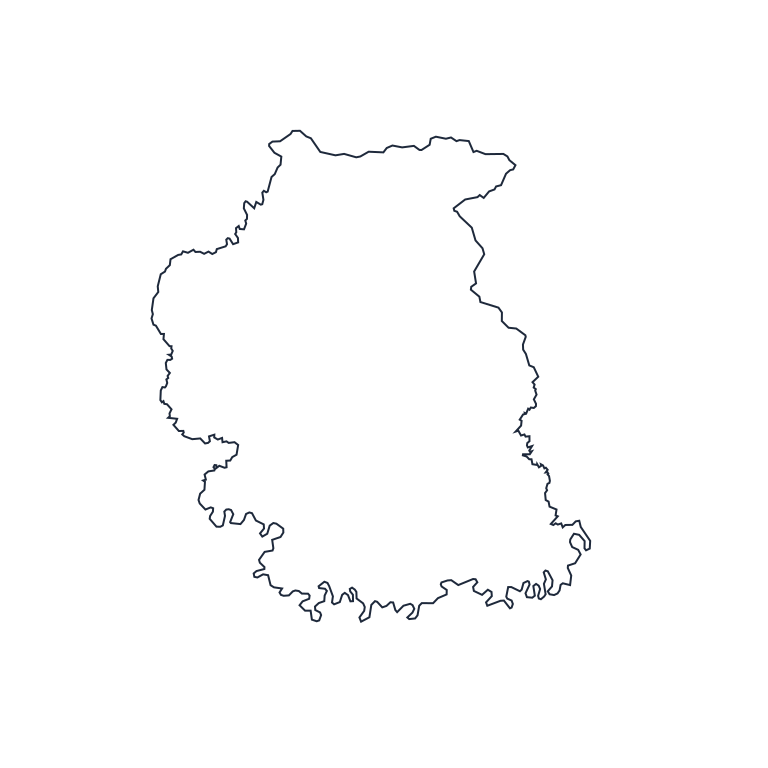 the district of Jamundí, Valle del Cauca, Colombia, rotated 62°
{"feature_id": "7082276B34643153596427", "entity_name": "Jamundí", "entity_type": "district", "adm_level": 2, "iso_a3": "COL", "parent_name": "Colombia", "parent_adm1": "Valle del Cauca", "projection": "mercator", "projection_center": [-76.61, 3.224], "detail": "fine", "context": "isolated", "style": "outline", "palette": "slate", "viewbox_px": 768, "rotation_deg": 62, "n_neighbors": 0, "source": "geoboundaries", "source_scale": "gbopen_adm2", "svg_char_len": 6165}
<svg xmlns="http://www.w3.org/2000/svg" viewBox="0 0 768 768"><g transform="rotate(62 384 384)"><path d="M489.3,584.4L490.1,588.0L493.4,589.0L495.4,586.6L495.3,580.1L498.4,576.1L508.4,578.6L511.9,576.6L516.7,570.0L519.0,574.1L521.8,574.0L523.9,572.0L526.0,567.2L524.3,561.9L524.7,559.2L526.8,556.4L530.5,554.9L533.5,549.5L535.9,549.0L538.5,550.9L537.7,557.9L539.7,562.4L547.1,560.1L549.7,555.2L558.2,558.3L561.9,554.8L562.3,552.2L558.5,548.0L555.7,547.7L551.3,550.8L548.1,549.4L546.8,544.4L547.7,538.7L542.9,535.7L539.9,531.6L537.1,532.2L533.7,537.1L531.9,536.7L530.6,529.5L533.1,527.3L536.7,527.3L547.5,528.8L552.5,532.5L555.1,531.5L555.8,525.4L550.5,519.9L550.0,516.7L553.5,514.9L560.1,515.7L561.2,513.3L555.5,510.4L551.2,511.2L548.9,510.4L548.8,507.8L551.8,506.3L554.6,506.0L560.5,508.9L567.9,505.4L571.9,505.7L575.0,508.0L578.6,515.3L583.1,515.8L583.1,506.4L573.1,498.9L571.5,493.9L573.1,492.3L580.4,490.4L581.1,486.0L579.7,480.8L581.2,478.5L588.9,480.1L591.6,479.5L588.9,470.9L590.4,464.0L592.7,462.6L596.7,462.8L599.2,466.2L601.1,473.0L603.4,472.1L605.6,466.6L604.0,463.0L596.3,457.0L595.2,453.5L600.6,443.6L598.4,436.9L599.2,427.5L595.3,425.3L589.8,428.2L587.5,427.9L586.2,426.4L587.3,420.1L588.8,416.7L596.4,412.8L598.0,396.9L599.4,394.8L602.9,394.7L605.0,400.6L608.9,401.8L616.2,396.4L614.4,388.9L618.1,386.7L621.9,388.4L624.7,396.4L628.3,396.9L630.1,382.9L631.5,379.8L641.2,378.1L641.3,376.3L638.7,373.5L635.1,373.0L631.4,375.9L629.2,375.9L621.6,369.7L623.1,366.9L630.8,361.3L630.2,359.0L625.2,354.3L625.4,349.8L626.5,348.9L629.4,349.6L635.2,357.3L639.3,357.9L642.3,353.4L641.7,350.2L632.5,347.0L631.9,343.6L634.7,342.1L638.3,342.4L643.4,347.4L646.1,348.0L647.7,346.5L646.8,342.3L645.5,340.0L635.5,336.6L632.5,332.8L625.3,331.4L624.5,329.0L626.3,327.3L636.4,327.3L641.6,330.7L643.9,336.7L647.4,336.5L650.2,332.9L650.4,329.1L648.7,325.9L644.3,322.4L643.9,319.7L648.9,314.1L641.0,308.6L632.7,308.1L630.7,306.8L632.0,299.4L626.8,290.4L621.6,290.4L616.3,294.4L610.9,294.0L608.7,292.5L605.4,286.6L608.8,282.5L616.9,280.6L623.2,284.1L625.7,283.7L625.9,279.6L619.3,275.6L602.6,277.4L596.4,275.8L595.3,279.2L596.8,283.8L593.6,290.1L594.5,293.5L590.3,293.0L589.7,296.5L587.6,297.8L588.0,300.7L585.9,302.4L582.4,292.7L580.6,294.2L575.8,290.6L570.0,295.4L565.1,293.9L562.4,295.7L555.9,293.0L554.4,289.9L552.2,289.7L548.9,286.5L549.0,284.4L547.4,283.0L542.8,281.5L540.7,282.0L540.3,281.0L538.7,281.1L538.0,282.8L536.6,279.8L533.9,280.4L533.8,282.0L530.6,281.8L528.6,283.1L530.0,283.4L530.3,286.3L526.6,286.4L527.3,286.9L524.5,290.6L519.7,289.1L518.6,291.1L515.0,292.1L512.2,294.9L511.3,294.2L514.5,288.3L512.8,285.1L512.5,286.9L511.0,287.0L508.3,282.4L507.5,286.8L505.3,286.6L503.4,285.2L502.8,282.4L498.4,280.1L496.9,283.7L494.5,283.7L493.8,287.2L488.3,287.3L487.8,290.1L485.1,282.5L481.1,279.8L479.2,280.9L476.2,275.5L476.7,273.6L475.6,273.3L476.8,272.3L473.5,268.3L475.0,267.6L473.7,265.4L475.5,263.0L474.9,260.3L472.9,259.1L467.9,258.9L465.0,254.3L460.8,253.6L459.8,252.4L457.4,253.5L455.2,251.3L452.1,252.0L450.0,244.4L439.5,243.9L435.8,247.0L424.1,244.6L419.0,245.0L414.4,242.8L408.9,236.7L407.3,236.3L397.1,241.2L392.8,247.6L383.7,250.4L376.2,246.3L370.3,247.1L356.9,260.4L351.7,258.8L341.5,263.0L339.1,261.3L338.4,255.5L327.0,251.6L316.5,234.6L310.4,233.3L300.2,235.8L287.2,233.1L271.5,238.4L266.2,238.6L264.1,240.6L261.6,240.0L259.2,225.7L262.9,213.7L262.1,210.8L266.5,208.6L263.3,200.8L264.1,195.1L262.2,192.3L263.4,187.3L255.6,177.5L254.4,172.2L255.2,169.2L252.5,165.2L245.3,168.2L241.0,168.2L236.9,170.6L228.7,186.5L221.6,192.7L221.2,196.1L209.3,195.1L204.1,202.8L203.6,206.0L197.8,209.1L196.5,214.2L190.0,222.1L189.4,227.6L194.2,231.4L195.0,241.0L194.0,242.8L187.8,245.8L183.6,256.9L177.4,264.6L176.9,270.8L179.2,275.8L171.7,288.5L172.0,298.1L170.8,302.1L162.1,311.2L159.3,319.5L149.2,331.3L132.7,333.2L128.9,336.4L121.0,339.3L117.6,346.0L119.4,349.2L120.9,361.8L117.6,368.7L118.2,372.7L119.9,373.7L128.4,372.2L135.0,367.9L141.8,372.4L142.9,376.3L147.4,381.9L148.4,386.1L159.5,396.4L159.4,398.0L157.0,399.4L157.9,401.6L164.8,404.0L168.1,407.1L167.8,408.6L163.3,411.3L167.9,416.1L158.8,419.3L157.7,420.4L158.7,422.5L163.1,425.3L170.4,425.5L173.9,427.5L174.5,429.7L177.7,430.4L181.7,435.0L179.4,438.6L176.3,438.1L176.9,441.5L180.7,443.2L181.7,445.0L186.5,444.4L190.5,446.3L189.7,451.6L183.1,452.1L181.9,453.5L182.5,455.5L186.9,457.0L188.1,459.2L186.4,468.3L188.7,470.5L188.6,474.6L184.7,476.8L184.6,481.7L180.9,484.3L178.9,488.5L176.0,489.2L176.1,495.5L172.5,499.2L174.4,502.2L173.4,505.1L173.6,513.9L178.5,517.3L179.9,522.4L181.9,524.6L182.3,529.6L191.5,537.9L196.8,540.1L200.1,547.3L209.7,554.3L213.8,555.3L217.0,558.5L223.4,559.7L225.4,558.0L235.1,557.5L236.5,554.8L240.9,557.7L249.9,555.6L250.9,553.9L252.8,555.2L255.6,555.0L258.1,558.1L257.2,560.2L260.1,558.6L262.2,559.2L262.4,561.4L261.0,563.9L263.0,566.8L269.0,569.2L273.7,567.9L275.3,571.3L277.4,571.7L277.8,574.0L281.3,574.9L283.7,577.7L284.2,579.1L282.7,581.1L284.9,584.1L293.2,589.0L295.9,588.7L295.6,586.8L298.4,587.3L300.0,585.1L306.6,583.5L309.3,587.2L311.9,588.2L312.5,590.5L317.6,583.0L320.3,586.0L321.2,589.1L329.2,587.2L331.2,583.2L332.8,583.6L333.8,585.8L336.3,584.9L342.7,579.2L345.8,571.8L352.5,569.9L353.4,567.0L352.8,564.6L348.1,563.1L349.1,557.6L351.5,559.0L355.0,556.8L355.6,552.3L359.6,553.9L360.7,550.0L363.1,548.8L365.2,543.3L369.4,541.4L377.2,547.4L377.3,552.3L379.4,555.7L377.7,559.3L383.6,562.1L383.1,564.1L378.9,567.8L379.5,571.4L377.0,570.2L376.0,571.6L377.4,573.6L379.5,573.2L380.7,574.4L378.7,580.1L379.7,584.9L384.8,586.2L384.3,589.0L386.3,588.0L393.1,592.2L394.5,597.8L399.3,602.2L403.0,602.8L411.0,600.6L411.6,594.9L413.5,593.2L416.4,595.0L418.9,599.5L421.2,601.2L431.3,598.9L433.2,595.6L433.2,592.7L425.8,586.3L421.7,584.9L420.8,582.2L421.7,579.9L423.5,578.2L428.2,578.2L433.7,584.7L434.9,584.5L440.3,576.5L438.3,571.5L434.0,566.8L434.2,563.2L436.1,561.2L444.4,561.2L451.5,556.1L455.3,557.8L457.7,563.6L461.6,563.1L461.4,557.4L455.4,551.4L454.8,547.0L456.8,544.6L464.4,540.9L467.9,542.6L470.5,547.2L469.1,555.9L477.1,558.8L478.7,560.6L476.2,568.2L480.6,576.9L483.5,577.5L489.5,575.5L491.2,576.5L489.3,584.4Z" fill="none" stroke="#1e293b" stroke-width="2"/></g></svg>